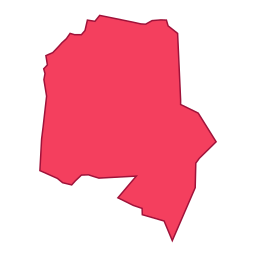 José da Penha, Rio Grande do Norte, Brazil
{"feature_id": "56859067B70747507045438", "entity_name": "José da Penha", "entity_type": "district", "adm_level": 2, "iso_a3": "BRA", "parent_name": "Brazil", "parent_adm1": "Rio Grande do Norte", "projection": "mercator", "projection_center": [-38.291, -6.348], "detail": "fine", "context": "isolated", "style": "filled", "palette": "rose", "viewbox_px": 256, "rotation_deg": 0, "n_neighbors": 0, "source": "geoboundaries", "source_scale": "gbopen_adm2", "svg_char_len": 689}
<svg xmlns="http://www.w3.org/2000/svg" viewBox="0 0 256 256"><path d="M177.6,33.4L168.1,25.9L166.4,20.1L160.9,19.9L152.1,20.6L145.6,24.2L140.8,23.9L132.6,22.1L99.7,15.4L94.9,21.3L87.4,20.1L85.0,30.5L81.4,34.7L74.6,34.7L70.1,33.4L66.4,38.7L61.9,42.8L58.6,46.5L52.8,52.6L45.9,55.6L47.4,64.9L43.7,68.8L45.0,73.6L43.9,79.6L46.6,96.2L43.1,127.0L41.6,139.1L39.9,170.6L57.4,178.4L62.6,182.7L71.7,184.9L75.4,180.8L81.4,175.1L88.4,174.8L93.3,176.4L98.9,178.1L136.3,176.1L117.9,197.8L133.3,205.4L142.1,208.4L142.3,214.7L164.1,221.0L172.3,240.6L195.2,187.7L195.8,163.1L199.4,158.2L216.1,141.8L198.2,113.1L180.6,104.5L180.6,99.7L177.6,33.4Z" fill="#f43f5e" stroke="#9f1239" stroke-width="1.5"/></svg>